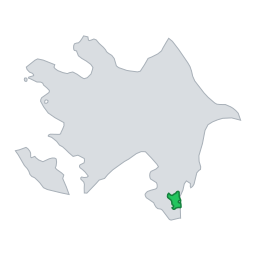 Lankaran District, Lankaran, Azerbaijan (highlighted)
{"feature_id": "54616110B2076465815790", "entity_name": "Lankaran District", "entity_type": "district", "adm_level": 2, "iso_a3": "AZE", "parent_name": "Azerbaijan", "parent_adm1": "Lankaran", "projection": "equal_earth", "projection_center": [48.748, 38.769], "detail": "fine", "context": "in_parent", "style": "filled", "palette": "green", "viewbox_px": 256, "rotation_deg": 0, "n_neighbors": 0, "source": "geoboundaries", "source_scale": "gbopen_adm2", "svg_char_len": 4182}
<svg xmlns="http://www.w3.org/2000/svg" viewBox="0 0 256 256"><path d="M180.6,218.2L179.4,218.1L171.1,220.1L169.4,219.5L162.3,210.1L160.8,209.1L157.7,208.6L156.0,207.1L154.5,204.6L153.7,202.7L146.3,197.7L145.3,195.8L145.1,194.2L146.2,192.7L147.4,191.5L151.0,190.2L155.2,189.1L156.6,188.4L157.2,187.0L157.2,184.9L156.5,182.7L150.5,178.9L149.9,177.2L149.7,175.2L150.0,173.1L151.0,171.4L155.9,169.1L158.5,166.8L156.9,164.2L151.6,158.2L145.4,151.7L141.2,151.6L136.4,153.6L128.7,159.1L124.4,161.5L118.8,165.5L112.7,169.9L107.7,174.6L104.6,178.4L99.1,180.1L96.2,183.4L86.9,193.1L84.3,193.0L84.2,188.2L84.4,184.3L83.8,182.1L80.8,179.1L80.8,177.8L81.6,177.0L83.9,177.5L86.9,177.3L88.3,176.1L85.2,172.1L82.4,169.5L80.0,167.7L79.5,166.6L79.5,165.9L80.0,164.9L84.1,162.8L84.5,160.8L84.3,158.5L77.9,155.2L73.1,156.4L68.8,152.7L66.0,149.9L62.6,146.8L59.5,145.1L56.6,141.3L51.6,137.3L48.3,136.2L48.3,135.5L48.9,134.8L50.3,134.2L59.5,134.4L60.6,133.7L61.2,132.0L62.5,129.4L64.0,125.7L63.9,122.6L54.8,117.6L48.2,113.0L43.7,106.9L40.6,101.3L40.8,99.5L41.7,97.7L48.9,92.6L49.4,91.3L49.3,90.4L46.8,87.8L43.6,85.1L42.7,83.1L40.7,82.1L36.9,82.0L30.2,78.7L28.8,78.4L28.5,77.7L28.8,77.1L33.6,75.7L33.6,74.6L32.2,73.2L29.5,72.1L27.1,69.5L26.3,67.1L35.0,60.2L37.6,58.9L43.2,60.1L54.8,64.7L54.0,67.2L55.1,68.7L57.8,70.6L62.9,72.6L67.3,73.6L69.5,72.7L72.8,72.0L77.2,74.3L81.2,77.2L83.2,78.3L84.2,78.7L87.3,77.7L91.0,74.0L92.5,69.5L92.9,67.4L90.8,64.4L86.5,61.2L81.6,58.3L78.4,55.8L76.5,50.9L74.4,50.4L73.9,49.7L73.6,48.0L73.7,45.7L74.4,43.9L76.4,43.1L78.5,42.8L80.3,41.1L82.6,37.7L83.6,35.9L87.9,36.9L88.4,40.0L89.2,40.6L90.9,40.2L93.9,39.0L96.2,39.9L99.2,43.5L103.4,47.3L105.6,49.9L106.5,51.7L108.6,53.4L111.8,55.4L114.2,58.5L116.4,65.9L118.6,67.6L126.7,70.4L129.6,70.9L137.5,71.9L140.3,71.2L144.4,64.9L148.1,58.4L151.6,57.0L157.8,53.9L161.5,50.9L163.1,47.7L166.6,41.7L168.7,38.3L172.4,41.3L178.7,49.5L187.8,62.8L190.0,66.6L191.5,71.0L192.7,76.3L194.8,81.0L204.0,92.9L208.0,97.2L214.6,102.9L216.9,104.2L219.9,104.5L225.5,104.6L230.6,106.8L233.2,108.4L235.8,110.6L238.2,113.2L240.6,120.2L231.7,117.9L222.7,118.3L217.6,119.8L212.7,121.8L208.0,124.7L205.0,130.4L202.5,143.4L198.9,155.7L199.1,161.4L200.7,166.8L200.5,169.4L198.8,170.5L196.8,172.8L194.0,184.2L192.6,186.4L190.8,187.8L190.3,186.5L190.4,183.5L186.4,180.9L184.3,183.8L182.9,190.1L180.0,196.6L179.9,197.9L180.6,218.2ZM47.7,102.5L48.1,100.8L47.0,100.0L45.8,99.9L44.8,100.8L44.7,103.0L46.1,103.4L47.7,102.5ZM17.3,153.5L16.0,151.7L15.4,150.7L19.4,149.8L26.0,147.4L27.8,148.6L29.7,151.0L30.6,153.1L30.7,157.1L31.5,157.7L34.8,156.4L36.2,158.0L38.6,159.9L42.9,161.7L49.2,158.8L52.3,158.0L54.8,158.1L56.2,159.0L56.6,162.1L56.1,165.8L55.3,167.9L56.6,169.4L61.7,173.0L63.8,175.0L62.7,178.5L66.4,187.1L67.6,190.4L69.1,194.5L61.3,192.9L47.3,189.5L43.5,187.7L39.9,182.9L37.7,180.6L34.6,177.7L31.9,176.5L30.0,174.5L28.9,171.4L27.3,168.7L24.4,165.5L18.1,154.6L17.3,153.5ZM26.9,80.9L26.0,81.5L24.7,80.9L24.3,79.6L24.5,78.2L25.8,77.9L26.8,78.3L27.1,79.5L26.9,80.9Z" fill="#d9dde1" stroke="#a8b0b8" stroke-width="1"/><path d="M180.6,201.2L180.7,200.8L180.5,199.6L180.2,199.1L179.8,198.3L179.5,197.5L179.2,196.5L179.2,195.2L179.1,194.2L179.1,193.5L179.1,192.7L179.1,192.2L178.7,191.6L178.4,191.4L177.9,191.4L177.4,191.5L177.1,191.6L176.7,191.9L176.5,192.1L176.3,192.8L175.9,192.9L175.4,193.3L174.7,193.9L173.9,194.2L173.4,194.5L173.2,194.8L172.6,195.2L172.5,195.3L172.3,195.4L171.7,195.3L171.0,195.2L170.7,195.1L170.3,194.8L169.9,194.3L169.5,194.0L169.0,193.5L168.8,193.3L168.4,193.7L168.0,194.1L167.7,194.7L167.6,195.4L167.5,196.6L167.8,197.5L168.7,198.3L169.8,199.1L170.7,199.8L171.4,200.7L171.8,202.0L171.9,203.0L171.9,203.6L172.2,204.6L172.8,205.0L173.0,205.2L173.6,205.9L173.5,206.7L172.8,207.4L172.1,207.8L172.3,208.2L172.6,208.5L173.3,209.2L174.1,209.3L175.2,208.8L175.8,208.1L176.9,207.8L178.0,207.5L178.7,207.5L179.5,207.5L180.2,207.5L180.5,207.6L180.7,207.4L180.9,207.3L181.0,206.8L181.0,205.9L180.9,205.1L180.9,204.5L180.8,204.0L180.7,203.4L180.6,202.9L180.5,202.5L180.0,202.9L179.5,203.0L179.2,202.8L178.9,202.7L178.3,202.1L178.3,201.7L178.7,200.8L179.2,200.6L179.8,200.6L180.1,200.8L180.6,201.2Z" fill="#22c55e" stroke="#15803d" stroke-width="1.5"/></svg>